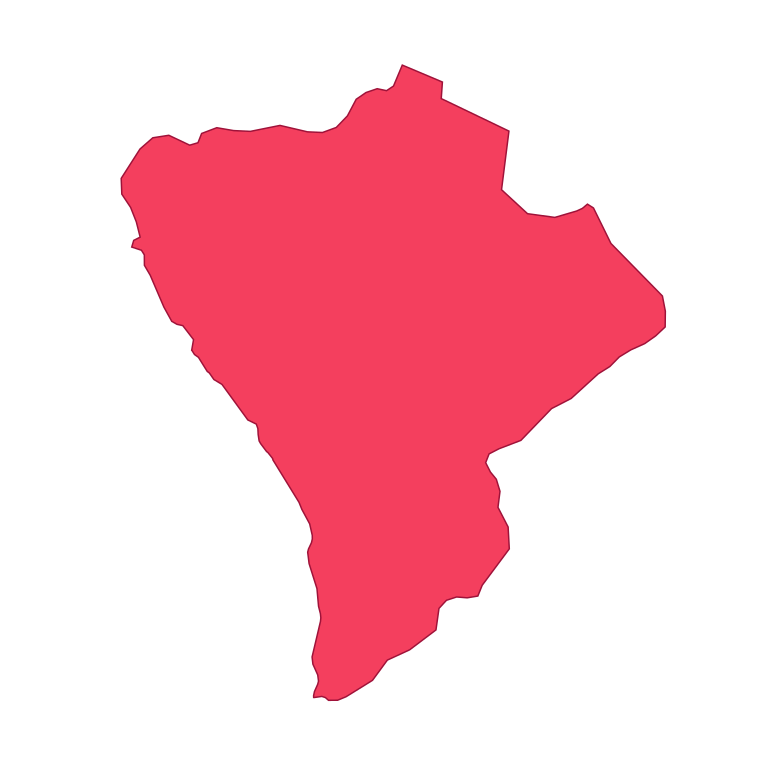 the Region of Njombe, rotated 4°
{"feature_id": "TZA-5587", "entity_name": "Njombe", "entity_type": "Region", "adm_level": 1, "iso_a3": "TZA", "parent_name": "United Republic of Tanzania", "parent_adm1": "", "projection": "robinson", "projection_center": [34.628, -9.571], "detail": "fine", "context": "isolated", "style": "filled", "palette": "rose", "viewbox_px": 768, "rotation_deg": 4, "n_neighbors": 0, "source": "natural_earth", "source_scale": "10m", "svg_char_len": 1662}
<svg xmlns="http://www.w3.org/2000/svg" viewBox="0 0 768 768"><g transform="rotate(4 384 384)"><path d="M335.7,701.6L335.5,699.8L336.1,695.6L338.8,688.2L339.4,685.0L338.2,678.9L332.6,668.4L331.3,661.3L337.2,625.2L337.3,621.7L336.6,617.6L334.2,610.3L331.4,592.8L321.8,568.4L319.6,557.1L320.2,553.8L322.7,547.4L323.3,543.6L323.0,540.0L319.6,528.7L310.8,514.8L307.5,508.0L278.5,467.5L278.1,466.1L272.9,460.4L271.6,459.6L265.1,452.1L263.4,449.5L262.0,443.2L261.3,437.3L259.4,432.9L250.7,429.4L222.4,395.7L214.0,391.4L209.0,385.2L206.8,383.8L197.0,370.3L192.9,367.8L190.2,364.1L189.8,363.8L190.9,353.0L179.2,339.8L173.3,338.9L167.9,336.3L159.1,322.7L143.2,291.8L136.7,282.3L135.9,271.9L132.7,267.5L122.8,265.0L124.3,258.2L130.5,254.5L125.6,239.5L118.9,225.5L109.2,212.9L107.5,197.2L124.2,166.6L136.2,154.5L152.0,150.9L173.5,159.3L181.6,156.3L184.6,146.8L199.3,140.0L216.4,141.7L233.1,141.3L262.2,133.3L290.1,137.8L305.1,137.4L318.5,131.4L328.8,119.1L336.4,101.9L345.7,94.5L356.6,89.9L366.1,91.2L372.7,86.1L380.0,64.6L421.2,78.7L421.2,95.3L491.0,123.0L487.7,182.0L515.3,204.1L542.8,205.9L564.1,198.0L569.6,195.0L574.4,190.4L580.7,193.8L600.6,228.0L655.6,276.8L659.6,291.8L660.5,307.5L651.7,317.0L641.3,325.5L627.9,332.7L616.8,340.6L608.1,350.8L597.0,358.9L571.7,385.4L552.9,396.8L524.5,430.7L503.4,440.5L493.7,446.4L490.9,455.4L496.3,464.4L502.7,471.2L507.2,483.0L506.3,499.1L517.8,518.0L520.5,539.7L496.0,577.9L492.4,589.0L481.9,591.5L471.3,591.4L461.4,595.4L454.5,604.0L453.0,625.7L428.1,647.4L406.6,659.2L393.2,680.4L368.0,698.6L359.8,702.7L350.7,703.4L347.4,700.9L343.8,700.0L336.3,701.6L335.7,701.6Z" fill="#f43f5e" stroke="#9f1239" stroke-width="1.5"/></g></svg>